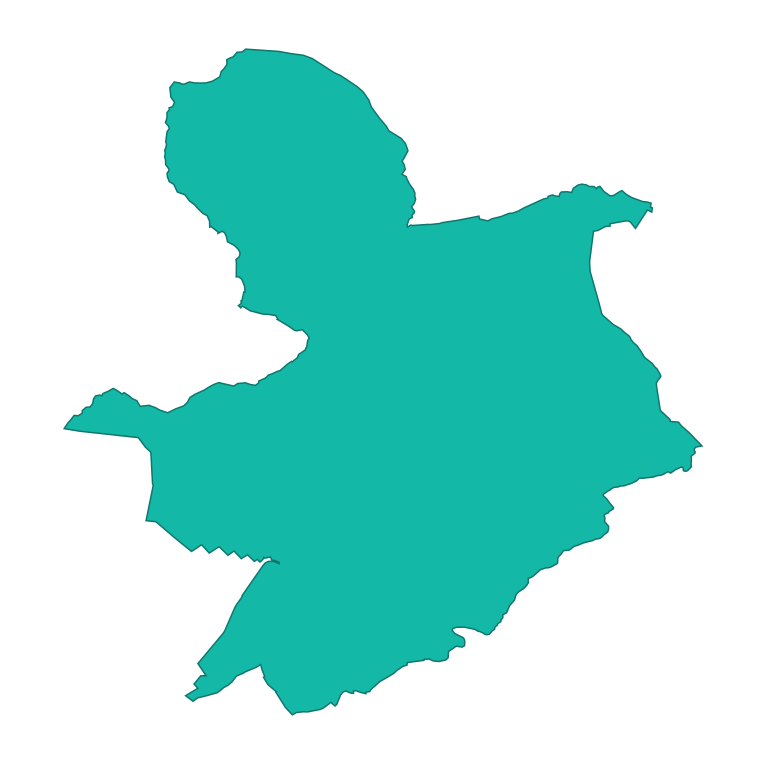 Chocamán, Veracruz, Mexico, rotated 91°
{"feature_id": "50627088B3322370739552", "entity_name": "Chocamán", "entity_type": "district", "adm_level": 2, "iso_a3": "MEX", "parent_name": "Mexico", "parent_adm1": "Veracruz", "projection": "equal_earth", "projection_center": [-97.034, 19.0], "detail": "fine", "context": "isolated", "style": "filled", "palette": "teal", "viewbox_px": 768, "rotation_deg": 91, "n_neighbors": 0, "source": "geoboundaries", "source_scale": "gbopen_adm2", "svg_char_len": 6116}
<svg xmlns="http://www.w3.org/2000/svg" viewBox="0 0 768 768"><g transform="rotate(91 384 384)"><path d="M434.2,703.0L436.5,687.6L441.9,628.7L451.5,621.3L456.3,615.9L487.5,613.7L489.5,613.0L524.8,619.5L525.7,609.6L541.1,591.0L554.8,573.5L547.9,563.6L556.1,555.8L549.5,546.0L558.0,537.0L553.6,531.0L561.1,523.7L557.2,517.4L563.6,510.5L561.6,507.6L564.2,505.0L562.9,503.2L560.6,501.5L559.4,501.2L560.2,500.1L559.0,494.5L561.3,493.5L563.1,491.5L562.0,490.7L563.7,486.8L564.3,486.3L564.2,485.6L565.6,485.7L563.8,489.8L563.1,493.0L563.4,496.4L564.8,499.4L567.3,501.6L598.2,522.3L598.7,522.0L601.1,523.4L606.8,527.4L610.3,529.3L633.5,538.9L636.1,540.5L666.8,565.2L678.7,556.8L679.0,562.1L687.3,568.7L691.5,564.8L699.1,576.9L704.6,569.4L701.3,565.2L700.8,563.9L699.2,557.5L695.7,545.6L693.7,542.7L690.4,539.1L687.5,534.1L684.4,530.7L678.4,526.2L675.7,519.9L674.3,517.8L669.3,506.5L666.7,502.5L672.5,500.7L678.4,498.2L679.3,499.4L686.7,494.7L693.6,486.3L694.0,486.8L709.2,476.8L716.4,469.9L714.0,465.8L713.1,458.6L713.2,454.7L710.5,442.2L709.6,440.0L708.3,438.0L703.3,431.6L706.8,427.3L705.3,425.7L695.9,422.1L692.5,419.4L691.6,416.8L693.2,413.0L693.8,411.1L693.8,409.1L691.3,409.0L691.2,406.6L692.8,401.9L694.0,396.7L692.6,396.8L691.7,392.8L690.1,392.2L681.5,382.8L673.4,369.5L669.9,365.8L666.0,360.1L664.7,356.1L662.1,355.8L659.6,339.2L658.5,339.0L658.2,334.1L660.0,330.0L660.5,324.1L658.8,317.3L656.6,315.1L650.4,314.8L644.9,307.3L645.7,301.2L644.2,298.9L640.3,298.7L637.7,299.3L636.2,300.5L632.3,308.8L629.0,311.6L627.4,310.9L626.0,307.5L625.7,299.6L627.4,290.4L628.3,287.6L629.5,285.9L630.0,283.5L631.2,280.7L632.7,278.4L632.8,276.1L632.2,274.2L630.7,272.7L629.6,272.2L627.2,269.1L625.2,269.0L623.0,266.3L621.9,266.3L619.5,263.0L618.3,263.1L615.6,261.1L612.7,261.1L610.6,257.4L603.5,254.6L597.8,249.8L593.4,248.6L591.1,247.5L589.0,245.1L586.1,240.7L582.5,237.6L580.1,236.2L575.8,236.4L575.1,234.1L573.2,231.1L567.0,224.5L565.1,219.2L564.9,216.7L564.2,214.2L560.9,208.2L559.9,207.3L554.5,207.1L550.8,203.7L547.5,201.7L547.0,196.5L546.4,195.1L543.3,191.6L542.7,190.2L541.8,187.3L539.4,181.8L536.8,172.2L535.9,171.1L535.4,169.3L534.6,165.6L533.1,163.4L531.2,161.8L528.1,157.8L525.2,156.9L522.1,157.1L517.8,161.0L513.8,160.8L511.9,161.5L510.4,161.0L508.8,157.2L507.8,157.1L504.7,152.4L503.5,152.5L498.3,156.9L495.0,159.3L491.7,163.0L490.2,162.5L487.3,158.5L485.8,155.7L485.0,155.1L483.4,152.5L482.8,148.0L481.8,145.6L481.7,142.5L479.0,134.8L476.5,129.8L473.5,126.9L473.8,124.5L472.3,113.0L470.8,108.8L470.5,105.9L469.7,103.6L467.3,99.7L466.9,98.0L468.1,95.9L464.6,91.1L462.1,85.9L461.9,84.1L463.2,83.3L465.4,83.2L465.9,81.8L465.9,80.2L465.2,78.8L461.4,75.2L457.7,75.7L455.8,75.3L450.8,75.5L447.7,71.9L446.2,71.7L445.1,72.7L443.6,72.5L442.5,71.9L441.6,70.9L440.4,65.0L427.3,78.1L420.5,86.1L417.0,88.8L416.4,97.1L414.5,97.4L405.6,107.3L381.2,111.5L378.0,111.6L375.3,110.0L372.8,107.9L371.3,107.3L369.3,108.2L364.1,111.3L362.0,113.7L358.8,116.1L352.9,123.9L346.8,127.7L341.3,131.7L338.0,135.6L335.2,137.9L333.4,138.5L331.9,139.6L328.0,144.7L324.8,148.2L320.6,155.7L311.6,166.4L309.7,167.6L298.3,170.7L268.1,179.8L258.4,180.6L227.6,177.2L226.8,172.9L222.7,165.5L222.1,160.6L219.9,161.1L216.9,146.3L216.6,142.7L217.7,140.5L224.1,135.3L205.4,123.6L207.5,119.3L203.2,118.7L202.5,120.6L198.5,120.1L197.5,123.8L197.0,128.8L193.2,139.7L189.9,145.5L186.6,149.2L187.0,150.8L191.5,157.8L192.0,161.2L187.8,167.3L182.6,171.6L183.5,173.9L184.9,175.0L182.9,177.5L182.9,182.4L181.5,184.9L180.7,189.7L181.8,193.7L185.1,198.2L189.2,199.7L188.6,204.1L188.9,210.0L190.7,211.6L193.4,212.0L193.0,216.3L192.0,218.7L193.4,223.1L195.3,223.6L196.2,227.7L206.0,248.2L208.5,252.2L210.8,258.0L211.3,262.1L214.5,269.8L216.9,278.9L219.1,283.0L217.3,291.5L214.5,292.0L219.0,313.0L221.6,328.4L222.6,331.3L223.8,341.1L223.6,341.9L225.0,358.0L224.6,360.0L226.7,363.2L224.9,363.7L219.4,362.1L218.3,361.3L217.1,358.6L214.6,359.0L212.6,356.9L210.7,356.5L206.5,359.6L202.8,356.8L198.7,355.6L195.8,356.4L192.4,356.5L188.6,358.2L184.2,361.6L179.0,364.5L176.3,365.4L173.9,369.8L169.0,366.5L164.1,367.8L160.7,369.8L158.3,368.1L150.3,364.1L143.5,366.6L138.3,370.9L130.7,383.6L126.2,386.2L118.1,393.3L107.3,401.5L100.4,404.1L92.6,409.7L87.3,415.8L76.4,432.7L73.6,439.2L59.9,461.3L56.7,470.4L55.4,481.8L53.3,495.2L51.6,528.1L54.5,531.6L54.9,536.7L59.4,540.4L61.4,545.0L62.5,546.8L67.3,546.6L71.4,549.4L74.3,552.1L79.8,553.6L84.2,560.8L86.2,567.8L86.3,578.4L85.4,583.9L87.6,588.8L87.7,591.3L86.7,593.0L85.7,599.0L91.5,603.3L100.9,602.1L105.9,598.4L110.4,600.2L111.6,603.7L113.7,603.4L116.3,605.7L121.4,605.6L126.5,607.0L130.1,603.9L132.2,603.1L135.6,605.3L145.7,606.5L148.0,605.6L152.0,606.4L154.2,607.4L157.0,606.7L160.8,607.3L163.4,606.4L168.5,606.1L173.1,602.6L175.1,603.2L177.0,604.6L180.5,604.2L185.4,602.3L188.0,597.7L195.6,594.0L198.4,586.2L204.4,581.7L208.0,576.6L211.9,573.1L216.6,568.0L218.8,563.7L224.1,561.3L230.2,561.0L229.6,559.6L235.0,552.5L236.3,552.7L234.1,548.4L235.6,546.0L238.5,544.4L244.6,542.9L248.0,536.1L251.4,532.5L254.5,530.5L257.4,530.3L259.9,531.4L262.2,534.2L265.4,533.7L279.5,533.6L279.3,531.3L281.8,528.0L288.5,525.2L294.5,524.5L294.5,525.8L303.3,527.5L303.4,528.4L305.9,528.1L308.1,531.0L310.4,528.5L309.5,528.1L308.7,526.7L313.2,518.9L316.3,505.9L316.4,500.7L317.5,493.3L321.0,491.2L321.3,491.8L327.8,480.4L331.9,474.4L332.3,472.4L331.2,466.6L335.8,461.7L339.5,459.5L340.4,460.4L343.2,461.3L348.0,461.8L349.5,462.8L351.3,463.3L355.9,469.8L359.1,471.0L363.4,476.1L363.0,476.8L366.0,481.1L372.3,488.0L373.2,490.8L376.0,496.5L377.0,499.6L380.1,502.6L383.2,509.2L385.2,509.4L387.6,512.5L386.8,517.8L385.2,522.6L386.1,530.4L388.7,534.1L385.5,549.2L387.4,554.1L390.8,560.1L393.1,563.4L397.5,572.7L400.8,577.7L405.8,580.3L409.4,583.9L412.5,591.9L416.5,599.7L413.9,608.1L411.8,611.7L409.4,618.6L410.6,627.4L405.0,630.8L403.1,635.3L400.4,638.6L397.2,643.6L398.5,645.9L394.7,651.5L393.1,654.7L395.9,659.3L398.5,665.0L400.7,665.9L400.0,668.2L400.9,672.1L403.7,674.1L409.0,675.1L412.1,677.5L412.5,681.5L415.9,685.2L418.5,685.3L421.1,689.2L420.8,693.3L425.6,696.8L428.1,699.1L434.2,703.0Z" fill="#14b8a6" stroke="#0f766e" stroke-width="1.5"/></g></svg>